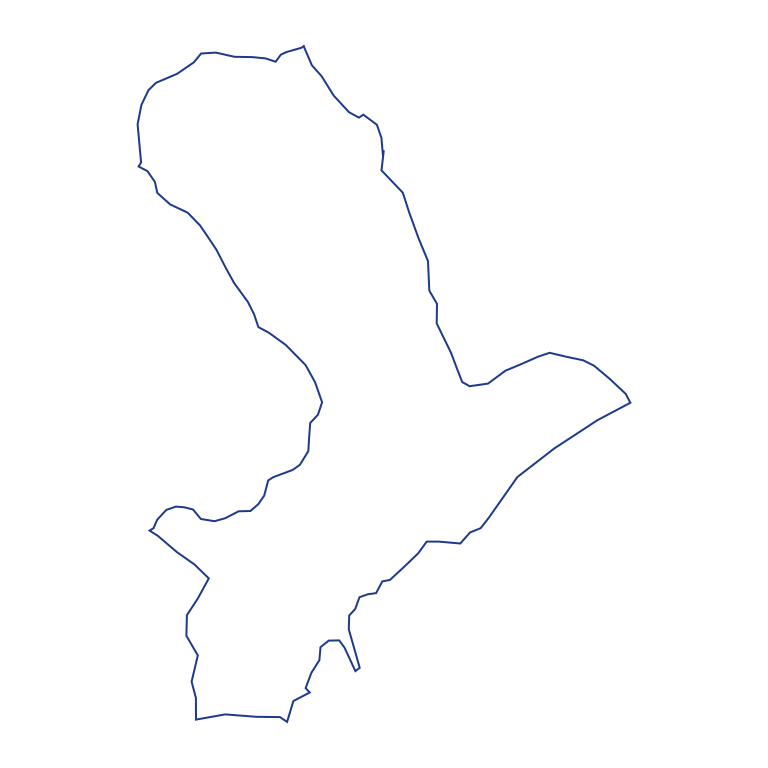 Lemesos, Limassol, Cyprus
{"feature_id": "46923920B90408698000356", "entity_name": "Lemesos", "entity_type": "district", "adm_level": 2, "iso_a3": "CYP", "parent_name": "Cyprus", "parent_adm1": "Limassol", "projection": "albers", "projection_center": [33.018, 34.691], "detail": "fine", "context": "isolated", "style": "outline", "palette": "blue", "viewbox_px": 768, "rotation_deg": 0, "n_neighbors": 0, "source": "geoboundaries", "source_scale": "gbopen_adm2", "svg_char_len": 1837}
<svg xmlns="http://www.w3.org/2000/svg" viewBox="0 0 768 768"><path d="M287.1,721.9L289.5,713.9L293.4,701.0L309.7,692.5L305.6,688.1L311.4,672.8L319.4,660.1L320.5,647.2L328.7,640.6L339.1,640.4L344.4,647.4L355.4,671.1L359.7,667.8L348.8,629.4L349.2,615.5L355.2,609.0L359.5,597.2L367.8,594.3L376.1,593.1L382.3,581.4L389.9,580.0L405.1,565.9L418.3,553.2L426.7,541.6L438.7,541.6L460.3,543.5L470.0,532.5L480.6,528.2L489.0,517.5L517.4,477.0L554.2,448.5L597.4,420.2L630.4,402.7L630.1,402.3L625.8,394.0L610.3,379.4L594.2,365.8L583.2,360.3L568.1,357.1L564.8,356.4L549.6,352.8L538.0,356.7L533.3,358.8L519.6,364.8L505.4,370.7L488.0,383.6L469.6,386.2L462.2,382.0L456.4,367.1L451.2,353.2L436.7,323.4L437.0,303.9L429.3,290.6L428.0,261.1L418.6,238.4L409.3,212.8L402.8,192.7L381.5,170.4L383.8,150.3L382.7,152.6L381.4,137.8L376.9,124.8L363.4,114.7L358.9,117.6L349.0,112.2L333.7,95.6L321.6,76.2L311.9,65.3L304.7,48.6L303.8,46.1L301.3,47.8L286.6,52.0L280.8,54.7L275.7,61.7L265.5,58.4L252.3,57.1L234.5,56.8L215.9,52.6L201.1,53.5L193.9,62.3L177.1,73.8L156.0,82.8L148.5,90.1L141.5,104.8L141.4,105.0L137.6,124.3L140.0,150.7L141.1,162.4L138.6,166.5L147.4,171.1L154.9,181.9L157.3,192.9L170.1,204.4L187.7,212.7L200.0,225.4L207.4,236.2L216.4,249.7L226.1,268.5L234.1,283.0L247.8,301.8L254.0,314.1L258.4,327.1L268.8,332.7L285.7,344.9L305.6,365.1L315.1,382.3L322.1,402.3L317.9,414.8L310.2,423.0L309.1,438.2L308.3,451.2L299.9,464.8L292.7,469.9L273.4,477.1L268.2,480.4L264.2,495.6L258.3,504.2L250.4,511.0L238.6,511.3L225.0,518.3L214.5,521.2L200.9,519.0L193.0,509.5L184.4,507.3L175.9,506.6L166.3,509.9L157.3,519.6L153.5,528.2L149.6,530.6L157.9,535.9L176.9,552.1L194.5,564.5L208.8,578.4L197.8,598.5L186.9,615.2L186.4,635.8L197.8,655.4L191.6,681.7L195.9,697.9L196.0,719.6L225.2,714.4L256.3,716.8L280.0,717.1L287.1,721.9Z" fill="none" stroke="#1e3a8a" stroke-width="2"/></svg>